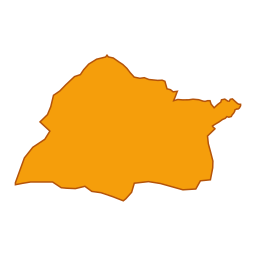 the district of Lapithiou, Paphos, Cyprus
{"feature_id": "46923920B87887675510001", "entity_name": "Lapithiou", "entity_type": "district", "adm_level": 2, "iso_a3": "CYP", "parent_name": "Cyprus", "parent_adm1": "Paphos", "projection": "natural_earth1", "projection_center": [32.598, 34.905], "detail": "fine", "context": "isolated", "style": "filled", "palette": "amber", "viewbox_px": 256, "rotation_deg": 0, "n_neighbors": 0, "source": "geoboundaries", "source_scale": "gbopen_adm2", "svg_char_len": 1408}
<svg xmlns="http://www.w3.org/2000/svg" viewBox="0 0 256 256"><path d="M177.3,91.3L173.1,91.8L170.5,89.7L167.0,88.8L164.9,81.3L162.2,80.2L157.7,80.4L148.9,79.5L144.3,77.7L139.8,78.3L134.2,77.1L130.1,72.6L127.0,68.5L122.8,64.5L118.7,61.8L113.3,58.0L108.3,56.9L107.0,55.2L105.6,57.0L96.6,59.2L88.7,64.1L83.7,69.7L80.4,74.6L74.5,76.6L71.4,79.5L65.8,84.8L59.8,91.0L53.5,95.3L50.8,106.6L47.5,114.6L40.0,121.9L49.9,131.1L44.8,139.3L32.8,147.3L24.4,157.9L19.6,171.1L15.4,182.7L15.4,184.7L22.6,183.3L30.5,182.0L42.2,182.0L52.6,182.0L61.2,187.7L66.4,188.2L75.4,188.6L84.9,186.3L91.8,191.4L101.0,192.7L113.1,196.8L123.3,200.8L125.8,198.8L131.6,192.3L134.3,183.2L148.5,181.6L160.4,183.5L182.9,189.8L195.8,189.0L200.4,180.8L210.4,179.8L212.7,167.9L212.9,161.1L210.6,152.1L208.3,143.6L207.5,136.0L215.4,128.4L214.9,128.6L213.2,127.2L212.4,126.0L212.5,125.9L215.2,124.2L219.1,121.9L222.5,119.5L225.3,118.3L226.9,116.6L228.8,117.2L231.3,116.5L232.3,114.6L233.4,113.5L234.7,111.3L234.8,110.0L236.9,108.9L237.9,109.1L239.4,108.0L240.6,105.8L240.6,104.3L238.6,104.2L237.0,103.1L232.4,98.9L230.3,99.3L229.3,101.2L227.9,101.2L224.8,99.1L221.5,99.8L220.8,102.1L217.6,104.5L214.1,107.8L211.1,104.1L210.0,100.7L207.6,100.7L205.1,101.4L203.0,101.1L198.7,99.7L193.0,99.2L188.7,99.8L182.8,99.9L177.8,99.5L173.7,100.7L173.8,100.4L173.7,100.4L175.4,96.4L177.2,91.5L177.3,91.3Z" fill="#f59e0b" stroke="#b45309" stroke-width="1.5"/></svg>